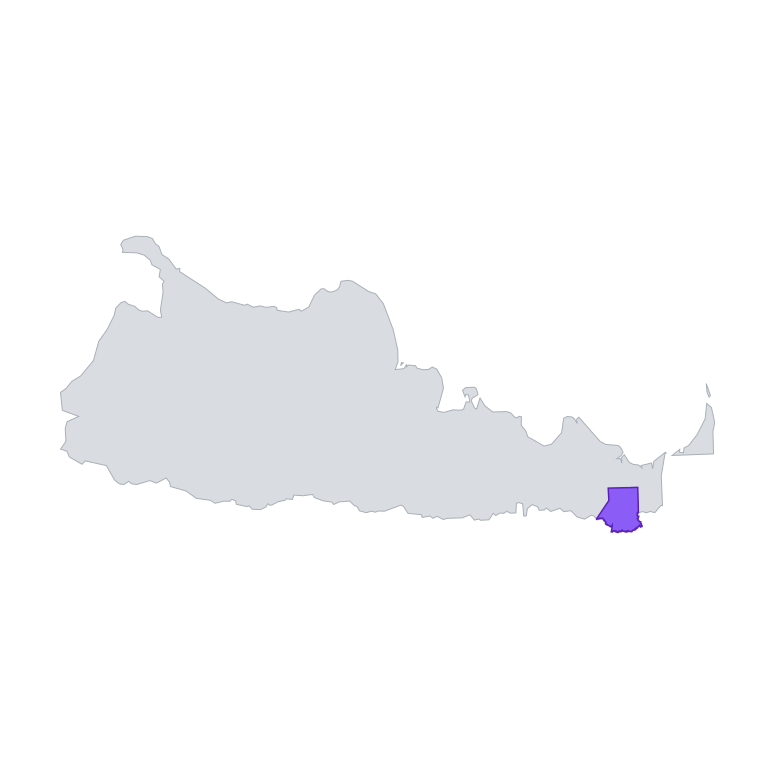 location of Lago Argentino, Santa Cruz, Argentina, rotated 266°
{"feature_id": "61730980B69433296380231", "entity_name": "Lago Argentino", "entity_type": "district", "adm_level": 2, "iso_a3": "ARG", "parent_name": "Argentina", "parent_adm1": "Santa Cruz", "projection": "natural_earth1", "projection_center": [-72.936, -49.654], "detail": "fine", "context": "in_parent", "style": "filled", "palette": "violet", "viewbox_px": 768, "rotation_deg": 266, "n_neighbors": 0, "source": "geoboundaries", "source_scale": "gbopen_adm2", "svg_char_len": 7997}
<svg xmlns="http://www.w3.org/2000/svg" viewBox="0 0 768 768"><g transform="rotate(266 384 384)"><path d="M480.5,224.4L475.9,232.5L476.7,237.8L472.2,250.5L473.2,253.0L469.7,259.1L470.6,265.6L468.7,271.9L469.1,279.8L467.7,282.2L464.9,282.8L462.4,293.9L464.5,304.4L462.3,306.5L465.9,314.2L477.4,320.9L483.2,327.8L483.3,330.6L479.9,334.9L479.4,338.5L480.9,343.4L483.8,346.4L489.5,348.3L489.9,355.2L488.8,359.6L477.3,375.3L474.5,382.0L464.1,389.0L437.4,397.0L416.9,400.1L405.2,399.5L397.6,396.2L397.9,405.0L401.6,407.6L399.6,407.8L401.2,409.4L400.1,416.6L397.5,418.0L395.5,424.0L395.4,429.2L397.6,433.4L395.1,437.7L386.1,442.0L375.6,443.0L356.4,436.2L357.2,435.1L356.2,434.6L353.0,436.0L351.5,442.0L353.4,451.1L352.5,459.1L353.5,461.7L360.5,464.7L359.9,467.9L362.2,468.2L367.2,467.4L367.9,464.9L365.4,464.0L372.2,461.9L374.7,465.2L374.6,473.4L373.3,475.5L367.9,477.0L366.5,476.6L363.6,470.9L361.1,469.8L353.5,472.8L352.5,474.6L363.4,478.8L355.2,483.1L348.5,490.6L347.9,504.5L346.3,508.4L341.8,512.0L340.9,514.7L342.4,516.2L341.7,518.8L333.2,518.0L327.0,522.3L321.4,523.7L310.9,539.3L312.2,546.9L323.1,557.8L337.1,560.8L338.8,564.4L338.1,568.8L336.3,571.4L331.1,573.8L335.5,573.8L337.3,576.0L311.6,595.6L308.2,601.2L306.4,613.0L304.4,615.4L299.2,617.8L295.8,615.3L293.2,611.0L293.2,614.5L288.4,615.8L294.1,615.9L296.7,618.8L288.8,623.1L286.5,626.9L285.4,632.3L282.3,635.5L284.7,634.8L286.6,645.4L280.6,646.1L288.0,647.8L296.2,659.8L295.5,660.8L295.2,659.5L273.1,654.2L243.2,653.3L243.5,651.7L236.8,645.2L238.3,640.6L237.2,636.7L238.7,633.2L237.8,628.8L235.3,627.4L225.6,629.9L220.4,618.2L220.8,611.8L219.2,607.7L220.9,602.5L225.9,602.3L227.4,596.8L233.8,592.5L233.8,587.2L237.7,584.2L238.6,581.6L235.2,574.7L237.9,567.3L244.6,561.6L244.1,554.4L247.8,550.9L245.2,541.4L248.9,537.3L247.1,535.1L247.2,530.0L250.9,528.7L253.3,523.2L249.6,518.3L242.7,516.8L242.4,514.2L254.8,514.0L256.4,510.1L255.6,507.7L246.2,506.6L246.3,501.1L248.4,497.7L246.6,494.2L247.3,491.0L245.0,486.2L247.4,484.0L241.2,479.2L241.3,471.0L242.7,469.0L241.9,464.6L247.5,460.6L245.0,452.7L245.6,437.8L244.7,433.8L248.3,427.6L246.6,423.6L249.1,420.5L248.2,412.8L251.0,412.2L253.3,398.9L260.5,395.0L262.0,392.4L257.1,375.6L257.7,369.3L256.7,366.4L258.0,362.7L256.9,357.3L259.1,350.9L264.0,348.3L264.5,346.1L269.6,341.7L269.5,331.0L267.3,325.5L269.9,323.5L271.7,315.2L275.6,306.6L278.8,305.1L278.2,295.2L279.5,286.3L275.2,284.6L276.3,278.3L274.8,276.8L274.0,270.1L271.2,264.1L271.0,261.5L272.7,259.8L269.5,257.5L267.3,252.0L267.8,247.0L268.4,243.6L271.9,241.1L271.3,238.7L274.3,228.3L277.8,227.8L279.6,224.1L277.8,222.2L278.3,216.0L276.8,207.1L280.1,202.7L283.0,188.9L291.1,179.1L296.6,163.7L300.8,163.4L305.4,160.1L301.0,150.0L304.0,143.7L301.0,130.4L302.0,125.4L304.7,122.5L301.8,117.4L302.7,113.3L307.0,108.5L322.0,101.3L328.1,80.7L325.0,77.1L333.2,65.0L339.1,63.0L341.6,56.8L349.0,62.7L362.1,62.9L368.5,65.3L373.0,77.2L380.1,61.3L398.2,60.7L401.7,66.5L408.5,72.9L413.1,81.9L427.7,95.8L446.6,102.5L458.1,111.9L471.6,119.8L478.3,121.6L483.4,127.2L484.5,131.3L481.3,134.6L478.9,140.8L475.1,144.2L473.4,148.3L473.5,153.2L466.1,163.3L466.2,166.9L473.4,166.1L490.8,170.0L499.2,170.0L501.9,171.7L506.6,167.1L513.9,168.9L519.0,160.8L523.9,159.3L529.3,153.7L532.0,146.8L533.6,132.2L536.4,133.1L541.3,131.1L545.6,134.0L548.8,146.4L547.5,158.3L545.3,163.1L539.9,165.7L536.9,169.1L528.5,171.6L523.7,178.0L513.1,184.7L513.6,188.3L510.3,188.0L492.0,212.5L480.5,224.4ZM291.3,707.9L292.6,666.4L298.2,674.5L295.4,674.0L294.4,677.9L299.2,678.8L301.4,683.6L311.6,692.8L326.8,701.9L342.1,704.6L337.7,709.0L322.5,711.2L313.6,708.8L291.3,707.9ZM348.2,707.4L352.9,705.7L362.0,705.5L349.9,708.8L348.2,707.4ZM404.1,402.9L403.9,404.7L401.2,401.9L404.1,402.9Z" fill="#d9dde1" stroke="#a8b0b8" stroke-width="1"/><path d="M234.5,586.5L234.2,586.6L234.3,586.8L234.3,587.1L234.5,587.3L234.5,587.5L234.6,588.0L234.5,588.4L234.7,588.9L234.7,589.1L234.9,589.4L234.8,589.7L234.9,589.8L234.9,590.0L235.0,590.0L234.9,590.3L234.9,590.5L234.9,590.8L234.9,591.0L234.8,591.5L234.9,591.8L235.0,591.9L235.0,592.1L235.0,592.4L235.0,592.6L234.7,592.9L234.5,593.1L234.2,593.1L234.0,593.3L233.7,593.6L233.4,593.9L233.3,594.0L232.6,593.9L232.5,594.5L232.4,594.5L231.9,594.7L231.7,594.8L231.6,595.1L231.4,595.4L231.2,595.6L231.0,595.8L230.9,595.8L230.8,595.7L230.7,595.7L230.6,595.8L230.2,595.8L230.0,595.7L229.8,595.5L229.6,595.4L229.2,595.3L229.1,595.2L228.7,595.4L228.6,595.6L228.6,595.8L228.5,596.1L228.4,596.2L228.1,596.3L228.0,596.5L228.1,596.8L228.2,597.0L227.8,597.0L227.7,597.2L227.7,597.3L227.9,597.5L227.7,597.7L227.5,597.8L227.4,597.8L227.2,598.0L227.1,598.3L227.1,598.5L227.0,598.8L226.8,599.0L226.7,599.1L226.7,599.3L226.4,599.3L226.2,599.4L226.1,599.7L225.8,599.9L225.7,600.2L225.8,600.4L225.7,600.8L225.7,601.0L225.7,601.3L225.9,601.5L226.1,601.6L226.4,601.6L226.6,601.4L226.7,601.5L226.9,601.6L227.2,601.8L225.7,601.7L220.8,600.4L220.8,600.5L220.7,600.7L220.4,601.2L220.4,601.5L220.5,601.7L220.6,601.8L220.8,601.9L221.0,602.0L221.3,602.2L221.4,602.5L221.6,602.6L221.6,602.8L221.6,603.0L221.4,603.1L221.5,603.3L221.4,603.4L221.4,603.5L221.5,603.8L221.5,604.0L221.4,604.1L221.0,604.2L220.9,604.3L220.8,604.5L220.6,604.6L220.5,604.8L220.8,605.0L220.7,605.1L220.7,605.4L220.8,605.5L220.9,605.8L220.7,606.0L220.2,606.1L219.9,606.1L219.7,606.2L219.8,606.6L219.7,606.8L219.7,607.0L219.8,607.2L219.8,607.4L220.0,607.4L220.3,607.5L220.5,607.7L220.7,607.9L220.9,608.3L221.0,608.5L220.9,608.9L220.4,609.2L220.3,609.3L220.4,609.6L220.4,609.8L220.3,610.0L220.2,610.1L220.3,610.2L220.7,610.3L220.9,610.6L221.0,610.8L221.1,611.0L221.3,611.1L221.1,611.2L221.0,611.4L220.9,611.4L221.0,611.6L221.2,611.8L220.7,612.1L220.4,612.2L220.4,612.7L220.5,612.9L220.4,613.0L220.2,613.5L220.1,613.8L219.7,614.1L219.6,614.3L219.7,614.5L219.7,614.8L220.2,615.0L220.3,615.0L220.2,615.3L219.8,615.5L219.6,615.7L219.6,615.8L219.4,616.0L219.6,616.4L219.8,616.4L219.9,616.6L220.4,616.6L220.5,616.7L220.7,616.8L220.6,617.1L220.6,617.3L220.3,617.6L219.9,617.9L219.8,618.0L220.1,618.5L220.0,618.9L219.8,619.0L219.6,619.3L219.6,619.5L219.5,619.9L219.7,620.0L219.4,620.7L219.4,620.9L219.5,621.0L219.8,621.3L220.0,621.3L220.3,621.6L220.4,621.8L220.5,621.9L220.7,622.0L220.8,622.2L220.9,622.4L220.8,622.6L220.8,622.8L220.7,622.9L220.6,623.1L220.9,623.3L221.1,623.3L221.3,623.6L221.3,623.8L221.6,623.9L221.6,624.0L221.8,624.3L221.8,624.6L221.6,624.9L221.4,625.0L221.6,625.1L222.0,625.1L222.5,625.1L222.4,625.5L222.2,625.6L222.4,625.9L222.5,626.0L222.7,626.3L222.9,626.5L223.0,626.5L222.9,626.7L223.1,626.7L223.3,626.7L223.4,626.8L223.6,627.0L223.8,627.5L223.9,627.8L223.8,628.1L224.1,628.3L224.3,628.5L224.6,628.5L225.0,628.7L225.3,628.7L225.4,628.9L225.3,629.0L225.2,629.1L224.5,629.5L224.4,629.6L223.6,629.9L223.7,630.0L224.1,630.1L224.0,630.3L223.8,630.5L223.7,630.9L223.7,631.1L223.9,631.2L223.9,631.3L223.9,631.5L224.1,631.6L224.6,631.4L224.7,631.5L224.9,631.5L225.1,631.3L225.4,631.2L225.6,631.0L225.7,630.9L226.0,630.8L226.5,630.6L226.7,630.8L226.9,630.9L227.1,630.6L227.3,630.3L227.5,630.3L227.8,630.4L228.0,630.2L228.5,629.9L228.6,630.0L228.6,629.9L228.7,629.7L228.8,629.6L228.7,629.6L228.8,629.5L228.8,629.3L229.0,629.2L229.1,629.3L229.2,629.2L229.3,629.1L229.4,628.9L229.5,628.6L229.8,628.6L230.0,628.4L230.2,628.2L230.3,628.3L230.5,628.3L230.7,628.1L230.8,628.1L231.0,628.0L231.1,627.9L231.3,627.8L231.6,627.8L231.8,627.8L231.9,627.7L232.0,627.5L232.2,627.9L232.4,628.1L232.5,628.1L232.8,628.3L233.0,628.4L233.1,628.5L233.2,628.4L233.3,628.3L233.6,628.4L233.7,628.5L233.9,628.7L233.9,628.8L234.0,628.8L234.3,628.8L234.2,628.6L234.2,628.4L234.3,628.3L234.3,628.1L234.5,628.1L234.7,627.7L234.8,627.6L235.0,627.6L235.3,627.5L235.4,627.3L235.6,627.3L236.1,627.6L236.5,627.6L236.7,627.9L236.8,628.0L237.1,627.8L237.2,627.7L237.5,627.6L237.7,627.9L237.8,627.9L237.8,628.0L238.1,628.3L238.3,628.3L238.5,628.3L238.6,628.5L238.4,628.8L250.4,629.4L263.2,629.9L263.5,622.9L263.4,622.8L263.5,620.0L263.6,619.8L264.5,600.4L252.1,600.2L234.5,586.5Z" fill="#8b5cf6" stroke="#5b21b6" stroke-width="1.5"/></g></svg>